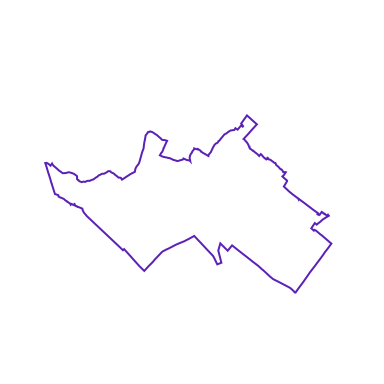 outline of Tochtepec, Puebla, Mexico, rotated 108°
{"feature_id": "50627088B29443207316447", "entity_name": "Tochtepec", "entity_type": "district", "adm_level": 2, "iso_a3": "MEX", "parent_name": "Mexico", "parent_adm1": "Puebla", "projection": "orthographic", "projection_center": [-97.831, 18.819], "detail": "fine", "context": "isolated", "style": "outline", "palette": "violet", "viewbox_px": 384, "rotation_deg": 108, "n_neighbors": 0, "source": "geoboundaries", "source_scale": "gbopen_adm2", "svg_char_len": 5893}
<svg xmlns="http://www.w3.org/2000/svg" viewBox="0 0 384 384"><g transform="rotate(108 192 192)"><path d="M172.3,54.5L172.2,54.6L171.6,55.7L172.3,56.0L172.9,56.3L171.7,59.0L172.1,59.2L171.4,61.3L171.1,61.4L170.9,62.5L174.3,63.6L173.9,64.8L174.6,65.0L174.3,65.9L173.2,65.7L170.9,72.9L170.5,73.9L169.8,75.9L168.0,81.1L167.3,83.1L166.5,85.6L165.5,88.4L165.9,88.4L166.0,88.4L165.4,89.0L165.0,90.1L163.0,96.0L162.6,96.9L161.4,100.1L160.6,101.6L160.2,102.5L158.4,106.3L152.7,105.0L152.4,105.0L152.2,105.1L151.8,105.1L150.0,109.3L149.3,110.8L147.4,109.8L144.2,108.9L144.2,109.3L144.9,111.1L144.8,111.6L143.6,112.6L142.8,114.1L143.0,114.8L142.7,115.3L142.5,115.7L142.1,116.3L141.8,116.8L141.6,117.1L141.4,117.6L141.3,117.8L141.1,118.1L140.9,118.6L140.8,118.9L140.6,119.4L140.5,119.8L140.3,120.2L139.9,120.7L139.8,120.8L139.2,121.1L138.9,121.4L138.8,121.6L138.7,121.8L138.8,122.3L138.8,122.7L138.7,123.0L138.0,124.8L137.9,125.2L137.8,125.6L137.6,126.1L137.5,126.3L137.4,126.6L137.2,127.5L137.2,127.9L137.1,128.3L137.1,128.7L137.2,129.1L137.3,129.6L137.3,130.0L136.3,130.4L135.9,130.5L135.4,130.6L137.6,131.3L138.0,131.5L137.8,131.9L137.7,132.4L137.6,132.7L137.5,133.1L137.3,133.3L137.1,133.9L137.0,134.3L136.5,135.1L136.4,135.3L136.3,135.5L136.2,135.9L136.1,136.0L135.9,136.1L135.7,136.3L135.5,136.5L135.4,136.7L135.3,137.0L135.2,137.2L135.2,137.3L135.1,137.6L134.9,137.8L134.8,138.1L134.7,138.3L137.0,139.2L135.8,141.4L135.3,142.8L134.9,144.1L134.4,145.2L133.8,146.6L134.0,146.8L133.0,149.4L132.8,150.4L131.9,150.9L132.1,151.0L129.6,153.1L129.2,153.5L127.9,155.1L127.2,156.3L126.7,157.2L126.2,158.0L125.7,158.7L125.6,159.3L123.4,158.3L123.0,158.1L122.1,157.7L121.2,157.3L120.4,156.9L119.5,156.5L119.2,156.4L117.0,155.4L113.5,153.9L107.6,151.2L102.2,163.4L111.7,166.4L113.5,163.8L114.2,164.0L113.7,165.9L118.6,167.9L117.9,170.4L119.9,170.9L120.9,172.9L121.7,174.5L122.7,175.2L123.3,175.9L124.5,176.6L125.6,177.4L127.3,179.0L131.0,180.5L133.4,181.4L134.8,181.9L135.5,182.6L136.8,182.7L137.9,183.5L138.3,184.1L140.0,185.1L143.2,185.8L145.8,186.1L148.2,186.4L151.5,187.7L151.9,187.6L152.7,187.5L152.3,189.3L152.0,190.6L151.4,193.6L150.8,195.9L150.5,195.9L149.8,197.6L149.3,199.7L149.8,199.8L149.9,203.4L150.8,203.2L153.2,204.2L154.1,204.3L154.8,204.3L156.3,204.9L157.7,205.1L159.1,205.0L160.0,204.9L161.6,204.1L163.2,203.2L162.6,204.2L162.9,204.9L163.2,206.9L162.8,210.5L164.0,210.8L167.1,215.4L167.1,217.6L167.2,219.9L166.9,221.7L166.7,223.7L166.9,225.4L167.2,228.1L167.4,230.1L167.4,231.5L167.2,232.5L167.0,233.9L165.6,233.6L164.6,233.4L164.0,233.2L163.0,232.7L162.1,232.6L160.8,232.5L159.0,232.6L158.9,232.4L155.5,232.1L151.0,231.5L151.1,234.1L151.6,236.2L151.4,237.2L150.7,238.2L150.1,239.8L149.4,241.4L148.7,242.9L148.2,245.1L147.6,246.8L147.3,248.5L147.3,249.7L147.3,250.5L147.9,250.9L148.4,252.2L150.4,252.8L152.2,253.5L152.9,253.6L153.7,253.4L154.7,253.2L159.3,252.7L161.7,252.3L165.7,251.5L167.1,251.6L170.1,251.7L172.1,251.6L174.3,251.5L176.3,251.4L177.3,251.4L178.5,251.3L181.2,251.3L183.0,251.9L184.9,252.6L185.9,252.8L187.5,253.0L190.5,252.6L193.9,256.0L201.9,262.4L200.6,263.9L200.6,265.1L201.0,266.1L200.9,266.8L200.4,267.5L200.1,268.5L199.5,270.3L198.8,271.6L198.4,273.1L198.4,274.0L198.2,275.0L197.6,276.0L197.7,277.2L198.3,278.4L199.3,278.9L201.8,281.3L202.4,283.1L203.8,284.5L205.0,285.8L205.8,286.3L206.5,286.5L207.4,287.4L207.9,287.8L209.7,289.1L210.7,289.8L211.2,290.8L211.8,291.5L213.0,292.7L213.5,294.5L214.4,295.8L215.2,296.4L215.5,297.0L215.5,297.7L215.6,298.3L216.0,298.9L216.7,299.8L216.6,301.9L216.4,302.9L216.0,303.8L215.9,304.0L215.6,304.0L215.4,305.1L214.9,305.5L214.1,305.7L213.4,305.9L212.8,306.1L212.4,306.5L212.2,306.6L212.1,306.8L212.1,307.1L212.0,307.6L211.7,308.3L211.2,310.1L211.1,311.2L211.1,312.9L211.2,315.0L211.9,316.4L212.9,317.7L213.4,319.0L214.1,320.8L213.4,322.7L212.8,324.9L211.4,328.0L210.7,329.6L210.1,331.3L208.8,333.3L208.2,333.9L210.7,334.7L209.5,337.4L209.5,338.7L209.2,339.0L209.2,339.3L209.8,340.5L213.5,337.8L218.2,334.6L219.6,333.5L224.0,330.4L226.9,328.5L227.2,328.1L228.2,327.5L236.3,321.7L236.3,320.4L236.3,318.2L237.6,317.5L237.9,315.8L237.9,314.3L238.0,313.6L238.2,311.8L239.0,310.0L239.3,309.2L239.3,308.5L239.8,307.6L240.0,307.4L240.0,306.4L240.6,305.0L240.6,304.8L240.7,304.5L240.6,304.4L240.6,303.5L240.9,303.6L240.9,303.3L241.3,303.2L240.9,302.9L240.9,302.5L240.7,302.5L241.0,299.9L240.9,300.0L239.8,300.0L239.9,299.7L240.7,299.6L240.9,299.1L241.0,299.0L241.1,298.6L241.2,297.0L241.3,296.9L241.5,296.5L241.3,296.4L241.7,291.1L243.2,290.3L243.7,289.8L244.1,289.2L244.9,288.7L246.1,286.6L247.4,284.6L262.1,253.5L263.7,250.1L264.8,247.8L265.4,246.5L267.0,243.2L267.7,241.7L268.3,240.5L268.7,239.7L267.3,238.9L267.8,238.1L267.9,237.9L268.5,236.9L269.0,235.9L269.3,235.5L269.6,234.9L270.0,234.2L270.7,233.0L271.5,231.6L273.0,229.0L273.4,228.4L278.7,219.2L278.9,219.0L279.7,217.2L281.8,213.0L281.6,212.9L276.2,210.5L272.4,208.5L269.6,207.2L268.1,206.7L257.9,201.8L254.9,198.9L252.9,196.7L246.7,190.6L245.5,189.1L245.3,189.0L241.2,184.1L239.0,182.0L238.5,181.4L233.1,176.3L234.2,174.3L236.4,170.3L237.4,168.4L241.9,160.3L246.3,152.2L248.0,150.4L253.0,145.6L250.2,142.2L239.6,148.9L232.1,149.2L236.8,139.9L230.4,137.4L233.3,129.6L235.1,124.7L236.7,120.2L239.4,113.0L241.8,106.1L244.1,101.1L244.3,100.3L248.3,91.7L249.7,88.1L250.1,86.0L250.4,83.7L251.2,78.8L251.9,74.7L252.5,71.1L252.9,69.1L253.6,67.3L254.4,65.6L255.3,63.7L255.5,63.7L255.8,63.4L255.6,62.4L251.8,61.3L243.3,58.4L232.0,55.0L223.0,51.8L221.4,51.3L214.5,48.9L210.7,47.7L208.5,47.1L203.8,45.4L199.8,44.1L198.0,43.5L197.2,45.5L192.9,55.7L192.8,56.4L190.4,62.1L190.2,63.8L190.6,64.0L191.1,64.2L189.8,67.0L189.7,67.3L183.6,65.6L184.1,64.3L184.5,63.4L181.8,61.6L180.5,60.7L177.8,59.2L177.4,58.9L177.0,58.5L176.6,58.2L176.2,57.8L175.6,57.4L175.4,57.2L175.1,57.0L174.8,56.8L174.6,56.5L173.9,56.0L173.6,55.6L172.6,54.8L172.3,54.5Z" fill="none" stroke="#5b21b6" stroke-width="2"/></g></svg>